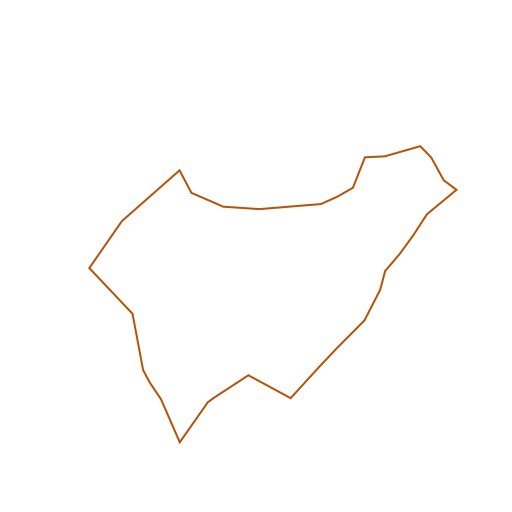 the district of Sant, Övörhangay, Mongolia, rotated 131°
{"feature_id": "93677404B89182419744120", "entity_name": "Sant", "entity_type": "district", "adm_level": 2, "iso_a3": "MNG", "parent_name": "Mongolia", "parent_adm1": "Övörhangay", "projection": "robinson", "projection_center": [103.758, 45.985], "detail": "fine", "context": "isolated", "style": "outline", "palette": "amber", "viewbox_px": 512, "rotation_deg": 131, "n_neighbors": 0, "source": "geoboundaries", "source_scale": "gbopen_adm2", "svg_char_len": 569}
<svg xmlns="http://www.w3.org/2000/svg" viewBox="0 0 512 512"><g transform="rotate(131 256 256)"><path d="M340.6,136.6L296.1,135.5L271.4,134.4L233.5,131.9L200.0,140.1L182.6,148.7L160.0,148.9L136.9,150.9L112.4,154.4L74.5,148.1L75.7,163.9L66.7,188.4L65.4,204.1L96.4,224.3L110.0,238.5L141.0,227.6L158.0,233.6L174.2,241.1L180.6,247.3L218.3,284.1L240.3,313.1L250.7,346.2L241.5,369.9L317.7,380.1L374.5,373.9L380.6,311.3L416.1,266.4L421.2,253.2L426.4,233.8L446.6,191.3L398.0,196.4L390.1,194.6L351.0,183.5L340.6,136.6Z" fill="none" stroke="#b45309" stroke-width="2"/></g></svg>